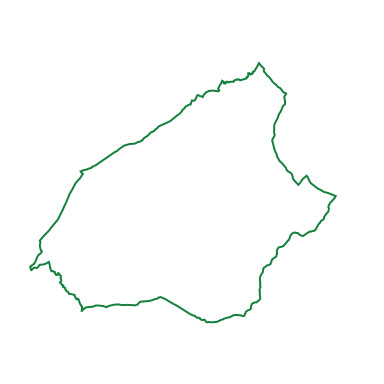 Oicata, Boyacá, Colombia (orthographic projection), rotated 13°
{"feature_id": "7082276B7935915117339", "entity_name": "Oicata", "entity_type": "district", "adm_level": 2, "iso_a3": "COL", "parent_name": "Colombia", "parent_adm1": "Boyacá", "projection": "orthographic", "projection_center": [-73.281, 5.617], "detail": "fine", "context": "isolated", "style": "outline", "palette": "green", "viewbox_px": 384, "rotation_deg": 13, "n_neighbors": 0, "source": "geoboundaries", "source_scale": "gbopen_adm2", "svg_char_len": 5949}
<svg xmlns="http://www.w3.org/2000/svg" viewBox="0 0 384 384"><g transform="rotate(13 192 192)"><path d="M332.9,163.6L325.0,162.4L320.4,162.2L319.1,161.9L316.9,161.0L313.6,160.3L306.0,156.8L305.0,156.0L303.5,154.3L301.2,151.3L299.9,150.4L296.9,154.6L294.9,159.6L294.0,161.1L287.9,156.9L285.7,152.8L284.9,151.8L283.3,150.9L281.8,150.6L280.1,149.9L278.9,148.6L278.1,147.4L273.0,143.5L271.7,142.9L269.9,141.7L268.5,139.9L267.3,138.7L266.7,137.8L266.1,136.4L264.5,134.4L262.2,131.1L261.3,129.0L259.2,125.1L258.4,123.2L259.7,118.8L259.7,117.7L258.2,114.6L258.2,113.2L257.2,109.3L257.2,107.1L259.0,100.0L259.2,96.5L260.1,94.3L260.7,91.5L261.1,88.8L261.4,87.7L262.8,85.7L262.9,85.1L262.6,84.7L262.6,83.9L262.1,82.0L260.9,79.8L260.5,78.6L260.9,76.9L261.6,75.5L261.6,74.9L261.0,74.6L259.4,74.4L258.3,74.0L254.8,71.1L254.0,70.8L252.3,70.4L249.2,68.2L248.3,67.9L245.6,66.4L243.9,64.7L243.1,64.3L242.6,63.7L241.2,62.6L239.7,62.0L238.9,61.5L236.2,59.1L235.2,58.6L234.5,56.9L234.4,55.6L234.1,55.3L231.3,53.8L229.4,52.2L228.2,51.4L227.6,54.0L225.6,60.4L224.8,60.6L224.1,61.6L224.1,61.8L224.5,61.9L224.6,62.1L224.3,63.1L223.1,63.6L223.0,63.8L223.1,64.1L222.5,64.3L221.7,63.9L221.4,63.4L221.2,63.3L220.8,63.6L220.1,63.7L220.7,66.4L220.2,67.6L219.6,67.6L219.4,67.8L219.3,68.1L219.5,69.1L219.3,69.3L215.4,71.4L214.3,72.2L213.6,72.3L212.0,71.6L210.9,72.5L210.3,72.3L208.2,73.7L208.0,74.0L208.1,74.9L207.9,75.2L206.4,75.4L203.4,76.5L203.0,77.0L202.0,76.7L200.8,76.7L200.5,77.2L200.5,78.5L199.4,79.0L198.6,78.9L198.6,78.2L198.1,77.4L196.3,76.9L196.2,78.8L195.0,82.0L194.6,84.0L194.2,85.1L194.6,85.9L195.5,86.5L195.5,87.3L195.1,87.9L189.2,88.5L187.1,89.4L186.2,89.6L185.8,89.6L185.7,89.9L183.1,91.9L182.8,92.8L181.7,94.3L181.1,97.1L180.2,96.8L177.8,96.7L176.7,96.3L175.8,96.2L175.5,96.6L175.1,97.7L174.3,101.9L172.9,102.8L171.4,102.7L170.9,107.0L170.5,106.9L170.3,107.0L169.1,107.9L167.8,109.2L166.5,110.2L165.7,112.3L164.5,113.8L163.6,116.4L162.2,118.8L160.5,120.5L154.8,127.8L152.8,129.5L144.9,135.5L143.8,137.6L142.1,139.3L142.1,140.1L139.8,142.4L138.7,142.9L136.0,147.4L133.5,149.8L132.1,152.2L132.1,152.6L131.6,152.9L130.9,153.9L130.2,154.5L128.0,155.5L126.7,156.6L126.2,157.2L125.7,157.6L119.9,159.5L118.9,160.2L116.2,161.6L115.5,162.1L111.3,166.6L109.6,169.2L108.3,170.0L107.2,171.1L92.8,186.9L91.0,188.6L89.0,190.0L89.0,190.5L88.6,190.9L87.9,191.5L85.7,192.7L84.2,193.9L81.1,195.4L78.8,197.0L79.1,197.4L81.6,198.9L79.6,204.3L78.9,205.2L76.7,209.2L74.3,218.0L73.0,222.0L72.8,224.2L71.5,231.8L70.9,233.9L70.1,238.3L67.5,249.1L62.5,258.9L61.6,261.3L56.7,269.4L54.6,273.8L55.2,274.3L55.7,275.4L55.6,277.4L56.1,279.3L57.1,281.5L57.8,282.7L59.0,283.4L58.9,284.1L58.8,285.1L58.4,285.7L57.7,286.5L56.3,288.5L55.7,290.8L55.5,293.1L54.5,297.1L51.1,301.2L51.7,302.2L52.5,303.9L53.0,304.3L53.5,303.9L54.0,302.7L55.0,301.3L55.7,301.1L57.4,301.1L58.2,300.7L59.2,299.4L59.4,298.1L59.8,297.5L60.8,296.9L62.5,296.4L64.3,295.6L66.1,294.4L68.2,292.3L69.3,294.0L71.0,298.1L72.9,300.8L73.4,300.8L73.9,300.4L74.3,300.3L75.1,300.7L76.3,300.8L76.5,301.0L76.7,301.8L77.5,302.9L78.1,303.3L78.5,303.4L79.1,303.1L79.3,302.7L79.5,301.7L79.8,301.2L80.1,301.1L80.9,301.5L80.9,302.3L81.1,302.5L82.7,302.9L83.1,303.2L83.3,304.2L83.3,305.8L84.1,306.4L84.5,307.7L84.5,308.5L83.7,309.5L83.7,310.0L85.0,310.6L85.9,311.3L86.3,312.0L87.6,312.0L87.7,312.3L87.6,313.3L87.8,313.6L88.1,313.7L89.2,313.7L90.1,314.1L90.3,315.1L90.6,315.7L91.5,316.1L92.3,317.0L92.9,317.0L93.7,317.2L94.5,318.0L95.0,318.9L97.7,318.6L99.0,318.7L100.7,318.7L101.3,319.9L102.0,320.6L102.3,321.3L103.7,322.5L104.2,322.4L104.5,321.8L104.8,321.6L105.4,321.9L107.2,324.7L107.9,326.1L108.8,326.7L109.8,328.1L110.8,328.6L111.0,330.8L111.4,332.1L111.3,332.6L111.5,332.6L111.9,332.2L112.2,331.2L112.8,330.3L114.7,328.3L115.4,328.0L118.8,326.8L119.9,326.6L122.3,325.4L123.6,324.4L124.0,324.2L126.0,323.7L131.3,323.1L132.6,323.3L134.5,323.4L136.0,322.2L138.1,320.9L140.0,320.1L141.2,319.4L143.1,318.8L146.1,318.0L148.9,318.0L155.0,316.4L162.2,315.2L163.6,314.2L164.5,313.7L165.4,311.6L166.9,310.3L174.7,307.9L175.8,307.2L177.1,306.7L179.2,305.2L182.2,303.6L182.7,303.2L183.4,302.2L184.4,301.9L184.9,301.5L188.3,301.9L191.5,302.8L195.2,304.1L202.9,306.2L218.0,311.5L220.7,312.0L221.8,312.1L222.0,311.9L225.4,313.4L226.9,313.0L227.7,313.1L228.2,313.3L228.3,313.8L228.8,314.1L230.6,314.5L232.8,313.7L233.5,314.0L234.6,315.2L235.6,315.5L236.6,315.5L238.1,314.7L240.8,314.5L245.0,313.1L247.7,311.4L248.2,310.7L249.3,309.9L251.1,308.9L251.9,308.1L253.7,307.0L257.3,305.3L259.4,303.4L259.6,303.0L262.1,302.0L263.2,301.8L267.2,301.2L269.3,301.5L270.1,301.2L270.6,300.9L270.9,300.5L270.9,299.3L271.3,298.8L271.3,297.3L271.6,296.4L273.0,294.8L275.3,293.2L275.6,292.4L275.3,289.5L275.4,288.3L275.6,287.6L276.2,286.8L277.5,285.8L278.1,285.4L279.4,285.1L279.8,284.9L280.4,283.9L280.8,283.7L281.1,283.4L281.2,282.9L281.9,282.0L282.4,280.9L282.4,280.2L281.9,278.5L281.1,276.9L280.8,274.7L280.1,273.1L279.8,271.2L280.1,268.9L279.5,268.1L279.2,266.6L279.0,266.3L278.9,265.0L278.3,263.2L278.1,263.0L277.7,261.3L277.5,259.6L278.1,256.5L279.0,254.6L278.8,250.7L279.0,249.6L280.0,248.8L281.5,246.8L281.9,246.5L283.1,246.0L284.3,244.9L284.8,244.2L285.1,240.6L285.4,239.5L286.7,237.9L287.8,236.9L288.4,236.0L288.6,235.0L288.7,232.7L288.5,231.8L288.1,231.2L287.9,230.2L288.0,228.9L288.6,227.1L289.1,226.4L292.0,225.0L293.3,223.8L294.0,222.7L296.4,217.8L297.1,217.0L297.3,216.4L297.7,213.6L297.7,212.0L298.7,210.4L299.3,209.6L300.3,208.8L301.2,208.4L303.7,208.3L304.6,208.2L306.2,209.4L307.8,209.8L309.6,210.0L310.4,209.5L315.1,204.5L316.1,203.9L317.3,203.7L318.2,202.9L318.9,202.5L319.5,202.5L320.2,202.1L320.6,201.0L321.4,199.7L321.4,198.5L321.9,197.6L322.5,194.8L323.5,193.4L323.8,192.8L324.1,191.4L325.1,190.1L326.2,189.3L326.5,188.5L326.4,186.7L326.5,186.2L328.0,182.5L328.9,181.2L329.2,180.2L329.2,178.0L329.0,177.0L328.4,176.2L328.2,174.7L328.3,174.0L329.3,171.0L330.8,168.7L332.7,164.9L332.9,163.6Z" fill="none" stroke="#15803d" stroke-width="2"/></g></svg>